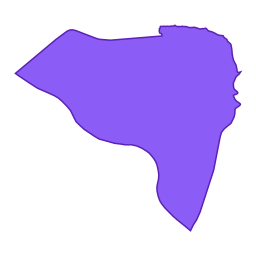 Pakse, Champasak, Laos
{"feature_id": "54806243B60589909949594", "entity_name": "Pakse", "entity_type": "district", "adm_level": 2, "iso_a3": "LAO", "parent_name": "Laos", "parent_adm1": "Champasak", "projection": "albers", "projection_center": [105.849, 15.117], "detail": "fine", "context": "isolated", "style": "filled", "palette": "violet", "viewbox_px": 256, "rotation_deg": 0, "n_neighbors": 0, "source": "geoboundaries", "source_scale": "gbopen_adm2", "svg_char_len": 2807}
<svg xmlns="http://www.w3.org/2000/svg" viewBox="0 0 256 256"><path d="M110.4,40.2L99.3,39.3L96.2,38.4L75.3,30.4L72.8,29.9L70.6,29.9L69.1,30.3L66.9,31.3L64.1,33.4L56.0,39.4L31.4,60.0L15.4,73.4L18.3,75.5L28.7,82.5L37.5,88.2L49.6,93.5L54.0,95.5L58.3,98.0L62.1,101.3L66.9,106.2L70.7,110.8L73.4,116.4L76.1,121.7L80.0,125.5L84.1,129.3L88.3,132.1L93.9,135.9L99.0,139.0L107.8,141.4L114.6,143.3L121.1,144.1L125.3,144.8L131.6,144.8L137.0,146.0L142.0,148.3L145.9,150.7L149.0,152.9L151.7,156.0L153.5,158.2L155.6,161.5L157.0,164.9L158.2,170.2L158.8,174.8L158.5,179.3L157.4,184.2L156.9,187.3L157.1,191.3L158.2,196.3L159.9,200.9L161.8,204.0L164.8,207.8L168.7,211.8L171.6,214.7L172.9,216.1L177.5,220.1L181.8,223.5L186.7,227.5L190.5,230.7L193.3,225.0L193.4,224.8L196.6,219.8L200.1,212.0L213.7,170.0L220.1,137.1L221.5,132.3L224.3,128.8L228.1,125.6L231.0,123.3L234.0,117.2L234.5,115.0L234.8,114.0L234.9,113.0L234.9,111.8L235.0,110.4L235.1,109.3L235.5,108.6L236.1,108.0L236.9,107.4L237.7,106.9L238.6,106.4L239.6,105.5L240.1,105.1L240.3,104.7L240.4,104.3L240.3,104.0L240.0,103.6L239.1,102.9L238.0,102.1L237.0,101.5L236.3,100.8L235.7,100.3L235.1,99.4L234.6,98.6L234.1,97.3L233.7,96.5L233.5,95.9L233.5,95.4L234.0,95.0L234.7,94.7L235.5,94.5L236.2,94.3L236.8,94.0L237.4,93.5L237.7,93.1L237.8,92.7L237.7,92.3L236.9,91.4L235.9,90.6L235.1,89.9L234.5,89.4L234.0,88.6L233.7,87.6L233.5,86.3L233.4,84.4L233.4,83.2L233.6,82.3L234.3,81.0L234.8,79.7L235.3,78.5L235.8,77.4L236.3,76.8L236.8,76.1L237.5,75.5L238.4,74.8L239.3,73.9L240.1,72.7L240.6,71.9L239.5,72.3L238.9,72.4L238.3,72.3L237.8,72.2L237.3,71.8L237.1,71.3L237.0,70.3L236.9,69.0L236.5,67.5L236.3,66.2L236.1,65.3L235.5,64.0L234.8,62.8L234.1,61.4L233.4,59.8L233.0,58.3L232.6,56.4L232.4,55.0L232.1,53.0L232.0,51.5L231.7,48.4L231.3,46.6L231.1,45.3L230.9,44.6L230.6,44.0L230.3,43.6L229.7,43.2L229.2,42.7L228.6,42.2L228.1,41.7L227.6,41.2L227.2,40.2L226.8,39.4L226.0,38.8L225.3,38.3L224.6,38.0L224.0,37.4L223.5,36.3L223.3,35.9L222.8,35.7L222.2,35.6L221.2,35.5L219.8,35.3L218.7,35.1L217.7,34.7L216.6,34.2L214.9,33.2L213.6,32.6L212.2,31.9L211.1,31.6L209.5,31.2L208.7,30.9L208.0,30.5L207.4,29.9L206.8,29.1L206.3,28.5L205.8,28.3L204.9,28.3L203.9,28.7L202.5,28.6L199.8,29.0L198.4,28.5L197.1,28.0L194.4,27.3L189.8,27.6L188.2,27.2L186.3,26.6L185.5,26.5L184.9,26.6L183.2,26.5L182.2,26.2L180.7,26.6L178.5,26.5L176.6,26.5L175.7,25.9L174.9,25.3L173.7,25.9L172.8,26.3L171.8,26.0L170.9,26.1L169.6,26.4L168.7,26.4L167.7,26.2L166.9,26.2L165.8,26.4L165.2,26.5L164.4,26.2L163.8,26.2L162.9,26.4L161.5,26.4L160.8,26.3L160.4,26.5L160.2,26.8L160.2,27.4L160.2,27.9L160.0,28.2L159.4,28.7L159.3,29.0L159.4,29.6L159.4,30.2L159.2,30.9L159.3,31.5L159.6,32.7L159.8,33.1L160.3,33.4L160.9,33.5L161.5,33.8L161.8,34.2L161.8,34.7L161.8,35.9L161.8,36.0L110.4,40.2Z" fill="#8b5cf6" stroke="#5b21b6" stroke-width="1.5"/></svg>